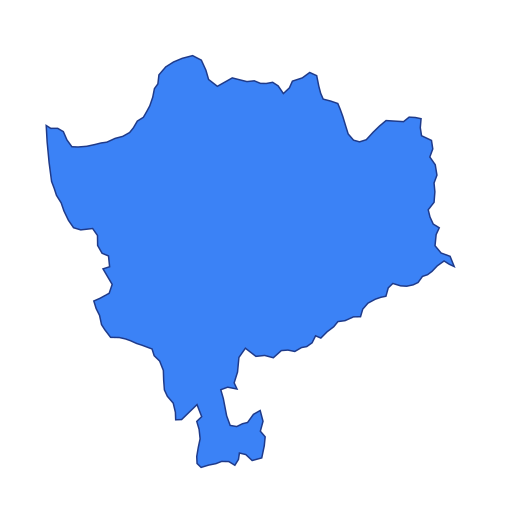 Cabreúva, São Paulo, Brazil (Equal Earth projection), rotated 354°
{"feature_id": "56859067B26102733992690", "entity_name": "Cabreúva", "entity_type": "district", "adm_level": 2, "iso_a3": "BRA", "parent_name": "Brazil", "parent_adm1": "São Paulo", "projection": "equal_earth", "projection_center": [-47.08, -23.313], "detail": "fine", "context": "isolated", "style": "filled", "palette": "blue", "viewbox_px": 512, "rotation_deg": 354, "n_neighbors": 0, "source": "geoboundaries", "source_scale": "gbopen_adm2", "svg_char_len": 2528}
<svg xmlns="http://www.w3.org/2000/svg" viewBox="0 0 512 512"><g transform="rotate(354 256 256)"><path d="M311.9,344.4L318.8,338.8L325.9,334.5L330.6,329.8L337.8,329.6L346.6,326.7L353.6,327.3L356.6,320.0L362.4,314.6L370.2,311.4L375.9,310.1L381.0,309.6L384.2,301.5L389.2,297.6L396.7,300.8L402.7,301.8L409.3,301.1L414.4,299.3L419.4,293.7L424.7,292.5L429.4,289.7L435.3,284.7L442.5,280.6L447.2,284.3L452.0,287.2L449.0,276.6L440.4,272.4L435.1,264.5L437.4,253.5L441.2,247.1L435.6,242.8L433.1,235.4L432.1,228.0L438.7,221.2L440.6,210.9L440.7,202.0L444.4,194.5L443.8,184.0L439.2,175.7L443.0,168.0L442.6,159.4L433.2,153.7L432.8,145.6L434.5,136.7L428.9,134.9L422.8,133.9L416.8,137.8L407.8,136.3L399.5,134.9L392.5,139.6L385.5,145.1L377.8,151.9L370.9,153.3L365.1,151.0L360.4,144.2L358.7,135.7L356.9,126.3L355.1,119.0L353.3,112.9L346.4,109.7L339.2,107.0L337.3,100.9L336.2,93.7L335.2,83.0L328.6,79.1L320.7,83.7L310.5,85.9L306.8,92.3L300.2,97.3L295.8,89.1L290.7,85.0L284.3,85.5L278.5,84.8L272.6,81.6L265.2,81.6L258.3,79.1L251.0,76.4L246.2,78.5L235.3,83.2L227.3,75.5L225.6,66.0L222.1,55.5L213.9,50.1L203.3,51.7L194.3,54.4L186.0,58.5L178.4,65.7L176.4,74.6L172.5,78.9L169.9,87.3L166.1,95.5L162.7,100.5L158.5,106.3L152.1,109.4L147.4,115.8L143.2,120.0L136.0,123.1L128.2,124.3L119.6,127.2L113.7,127.4L107.4,128.3L99.1,129.2L90.4,129.0L84.3,128.1L80.1,120.8L77.4,112.2L72.1,108.3L65.2,107.6L61.0,104.3L60.2,120.8L60.0,141.4L60.5,160.5L62.4,167.7L63.9,174.8L67.8,182.8L69.7,191.1L73.2,200.9L77.5,208.8L84.4,211.7L96.4,211.6L100.5,219.0L99.6,229.0L103.2,237.2L109.3,240.5L109.3,251.4L102.5,252.8L106.1,260.7L110.0,269.2L106.1,277.7L96.3,281.8L90.0,283.8L91.5,291.5L94.2,298.7L95.2,308.1L97.9,313.5L102.9,321.7L111.6,322.8L117.7,324.9L122.3,327.1L128.1,330.5L133.1,332.7L142.9,337.6L144.3,344.5L149.2,350.4L151.9,360.1L151.2,369.7L150.9,379.6L153.2,386.3L158.3,393.7L159.5,403.0L159.0,410.5L164.9,410.9L181.8,397.6L185.2,410.1L179.8,414.3L181.3,422.5L181.3,432.0L178.6,440.3L176.1,449.2L175.7,456.2L179.3,460.5L187.1,459.0L194.5,458.3L200.3,456.7L207.5,457.6L213.1,461.9L217.3,456.5L218.9,450.2L225.1,452.4L230.8,459.0L240.6,457.4L244.4,445.6L246.2,436.8L242.0,430.7L245.7,421.1L244.0,410.1L236.9,413.2L230.2,420.7L225.0,421.4L219.0,423.6L212.6,421.8L210.1,411.9L208.6,394.4L207.0,385.3L214.1,383.5L223.2,386.3L221.0,379.9L225.5,369.5L228.4,355.1L235.8,346.6L245.4,355.8L254.2,355.8L262.6,359.0L271.3,352.7L277.9,352.9L284.6,355.0L291.7,351.8L297.0,351.4L302.7,348.2L306.9,341.6L311.9,344.4Z" fill="#3b82f6" stroke="#1e3a8a" stroke-width="1.5"/></g></svg>